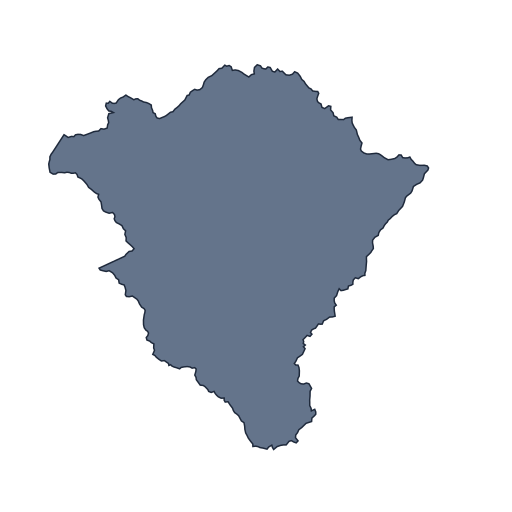 outline of Piranhas, Goiás, Brazil, rotated 169°
{"feature_id": "56859067B20057747391561", "entity_name": "Piranhas", "entity_type": "district", "adm_level": 2, "iso_a3": "BRA", "parent_name": "Brazil", "parent_adm1": "Goiás", "projection": "orthographic", "projection_center": [-51.838, -16.371], "detail": "fine", "context": "isolated", "style": "filled", "palette": "slate", "viewbox_px": 512, "rotation_deg": 169, "n_neighbors": 0, "source": "geoboundaries", "source_scale": "gbopen_adm2", "svg_char_len": 6096}
<svg xmlns="http://www.w3.org/2000/svg" viewBox="0 0 512 512"><g transform="rotate(169 256 256)"><path d="M275.6,62.7L271.6,64.9L267.9,65.4L264.9,65.3L262.4,64.8L258.9,67.8L256.5,68.0L254.4,66.2L252.2,64.9L250.0,66.5L251.9,70.1L251.1,72.8L249.0,74.6L247.1,77.3L243.8,78.9L241.4,80.5L238.8,82.2L233.0,82.9L232.1,86.2L229.0,88.1L227.5,89.3L227.1,91.5L227.6,94.3L231.2,93.4L231.0,96.0L231.8,98.9L231.2,101.9L230.8,104.4L229.7,108.2L228.7,112.9L226.7,115.4L227.4,117.5L228.4,120.5L230.8,121.7L233.7,121.2L236.2,122.0L237.7,123.3L239.1,125.3L238.2,127.8L236.5,129.9L236.0,132.0L235.3,135.1L235.1,138.3L235.6,140.9L237.8,141.4L238.9,143.2L237.0,145.0L234.7,148.2L232.2,149.2L229.2,150.6L227.3,153.2L225.5,155.7L226.8,157.9L224.6,159.2L226.3,161.1L225.5,163.0L225.8,164.9L222.9,166.9L221.0,168.3L218.3,166.8L216.0,168.6L217.1,170.5L215.5,172.7L213.3,173.5L211.4,173.8L209.5,175.6L207.7,177.4L205.9,176.8L204.0,176.5L202.0,179.5L198.7,180.4L195.5,182.0L192.7,181.6L189.8,181.8L189.7,183.9L189.6,186.9L189.3,189.4L188.9,191.2L186.6,192.4L187.7,194.9L187.8,197.2L187.2,199.8L184.5,201.7L182.5,205.4L180.6,208.0L179.2,205.8L176.8,205.7L174.3,206.0L172.1,206.2L171.0,208.9L168.4,209.1L166.3,209.8L165.9,211.9L165.0,214.0L162.6,215.7L159.9,214.2L157.2,215.6L154.7,216.3L152.8,216.2L152.4,218.4L151.0,220.7L149.8,225.1L149.2,227.2L148.5,229.6L148.2,231.8L147.7,234.3L145.1,235.9L142.6,237.6L141.4,239.0L139.4,240.9L139.1,243.2L139.1,246.7L138.5,249.3L135.8,251.7L132.1,252.9L131.0,255.5L128.8,257.9L126.0,259.2L124.2,261.5L122.8,262.8L120.6,264.3L119.3,266.0L117.3,267.0L114.8,268.8L112.1,270.2L109.8,270.7L107.2,273.5L104.5,275.4L102.7,276.7L100.1,280.8L98.2,284.7L96.5,286.1L92.2,288.2L90.5,290.0L89.5,291.8L88.2,294.2L84.6,295.7L81.0,296.5L78.0,298.7L76.8,300.8L75.0,304.6L70.9,307.5L69.8,309.5L70.7,311.7L73.3,312.9L77.9,313.7L81.4,315.1L82.7,316.8L83.9,319.2L85.3,321.3L86.1,323.8L88.3,323.4L91.1,323.8L93.3,324.6L94.2,327.4L96.4,328.0L98.6,326.3L101.1,325.2L105.0,325.1L108.0,325.3L111.5,328.2L113.0,330.0L114.5,331.6L116.1,333.0L118.4,333.9L125.5,334.5L127.8,335.0L130.5,336.6L132.6,339.0L133.0,341.0L131.9,343.7L130.4,346.7L132.0,349.8L132.6,353.2L133.3,355.9L133.4,358.6L133.5,360.6L134.9,363.4L135.6,365.8L136.2,368.2L136.0,370.8L135.2,373.9L139.3,374.2L142.0,374.2L143.9,373.2L146.7,373.8L149.2,374.3L150.3,376.9L152.9,378.8L153.0,381.9L154.9,385.2L154.0,388.6L156.1,389.6L160.4,387.6L162.9,389.3L163.2,392.9L164.8,394.1L166.1,395.8L166.3,398.6L165.1,400.9L163.4,403.7L164.0,405.7L166.1,406.2L168.9,407.2L170.1,409.5L172.0,410.9L173.5,413.6L174.6,415.6L175.5,418.2L177.4,420.6L178.3,423.9L180.2,427.6L182.9,429.5L185.5,427.5L188.8,427.1L192.0,428.1L193.4,430.1L194.9,432.4L197.3,432.5L199.1,435.4L202.4,433.0L204.7,434.2L206.1,438.3L208.3,439.3L210.7,437.7L212.7,438.4L214.3,439.3L215.3,441.8L218.3,443.5L221.5,441.4L222.8,437.9L222.9,435.1L225.9,434.9L228.9,433.1L230.7,434.7L233.1,436.9L234.8,438.9L237.9,441.4L240.9,442.6L243.8,442.7L244.3,446.5L246.0,448.1L248.6,447.9L250.2,449.3L253.7,446.8L256.5,447.0L258.6,445.4L261.0,443.9L264.9,441.5L268.8,440.5L271.7,438.6L273.7,436.6L274.9,434.2L276.5,431.6L279.4,430.0L282.2,430.1L284.4,431.3L287.0,430.3L289.2,429.3L290.9,426.8L293.0,426.7L294.3,425.0L296.1,422.7L298.6,421.2L300.9,419.8L302.7,418.3L305.2,416.8L307.5,415.7L310.0,413.5L312.6,413.4L315.1,412.1L317.5,410.9L319.4,410.3L321.6,409.9L324.4,409.3L326.7,410.3L327.6,412.1L327.8,414.9L329.7,416.4L329.7,418.5L330.3,421.6L330.0,424.2L332.1,426.1L334.2,427.5L337.1,428.7L338.5,429.9L340.5,431.1L342.0,432.9L344.1,433.2L346.1,432.7L348.9,435.2L351.4,437.1L353.0,438.8L356.1,437.4L358.8,436.9L361.2,435.7L364.1,432.8L366.1,432.8L367.9,433.4L370.0,435.7L371.9,434.1L373.8,434.6L375.0,432.0L374.1,428.9L372.8,426.4L370.4,425.6L368.6,424.0L373.3,423.8L375.3,420.0L375.1,417.3L375.2,414.9L376.5,413.3L377.7,410.0L381.0,409.5L383.9,410.6L386.6,408.7L389.7,409.0L391.6,409.0L395.0,408.3L398.0,407.8L402.2,407.1L405.0,408.8L407.7,409.4L410.1,409.4L412.0,407.9L414.3,408.6L417.8,408.2L419.6,410.1L421.3,411.7L435.9,396.6L437.6,395.1L439.4,392.7L439.9,390.0L441.0,387.9L441.9,385.8L442.2,382.1L442.2,379.7L442.2,377.5L439.5,375.1L436.9,374.7L434.7,375.8L430.8,375.1L428.0,374.2L425.6,374.3L423.3,373.6L421.6,372.5L419.6,372.1L417.4,372.1L416.1,370.2L415.8,367.5L413.9,366.2L412.3,364.9L410.8,362.8L409.5,360.6L408.2,358.3L407.2,355.3L405.0,352.9L402.4,349.5L400.6,347.7L398.7,346.6L399.9,344.0L399.4,341.8L397.8,338.6L397.9,335.2L398.1,332.0L397.1,329.4L395.3,327.9L392.0,326.0L388.5,326.1L387.0,323.7L387.0,321.4L388.1,319.6L387.7,317.5L386.7,315.5L384.2,313.6L381.8,311.4L381.0,308.1L379.2,305.6L380.6,302.2L379.9,298.8L380.7,295.6L379.4,293.7L377.2,290.9L375.6,288.7L374.3,286.4L376.8,284.5L379.7,284.7L383.3,282.4L384.9,280.8L412.4,274.0L411.6,272.0L409.4,270.9L406.0,269.4L403.0,269.6L400.0,266.9L398.4,264.0L397.6,261.1L395.4,258.9L395.5,255.5L393.1,253.8L391.0,252.8L390.5,250.3L390.3,246.9L391.7,242.9L390.9,241.0L388.2,240.2L385.0,240.3L381.2,236.4L380.2,234.5L379.5,231.2L378.0,227.6L375.9,225.7L375.2,223.8L375.9,221.7L376.9,219.7L378.7,214.6L379.5,210.1L379.4,206.9L378.2,204.2L376.8,202.8L376.2,200.9L377.4,198.5L379.3,196.9L379.1,194.3L376.5,192.7L375.3,191.0L373.0,189.2L373.5,187.3L374.0,185.2L373.6,182.9L374.6,181.3L376.1,179.1L374.2,177.6L373.2,175.7L371.1,173.2L368.9,171.0L365.9,170.8L364.1,168.9L362.4,167.2L362.4,165.2L360.6,165.6L359.5,164.0L357.7,162.7L355.5,161.6L352.5,159.8L350.7,160.9L347.7,160.9L344.6,160.6L342.0,159.7L340.1,158.1L337.5,158.1L336.3,156.4L337.2,153.9L338.8,150.8L338.0,148.2L338.2,146.0L337.0,143.4L335.4,139.9L332.5,139.0L330.9,137.4L328.8,134.1L328.3,132.1L326.0,130.6L323.0,131.1L322.3,128.8L321.2,126.8L319.9,125.0L317.4,123.1L314.3,122.6L314.8,120.6L314.1,118.5L311.3,118.3L309.7,114.4L308.1,111.2L307.7,108.6L306.8,106.3L305.2,104.7L303.5,102.5L302.7,99.8L301.8,96.9L299.6,94.7L299.6,91.1L300.0,87.9L299.9,84.3L299.0,81.5L298.3,78.7L297.1,76.1L296.1,74.1L295.0,72.1L295.4,69.6L292.6,69.4L290.2,68.4L288.7,67.2L285.7,66.1L283.9,65.2L282.0,64.3L280.0,66.1L276.6,67.3L276.4,65.1L275.6,62.7Z" fill="#64748b" stroke="#1e293b" stroke-width="1.5"/></g></svg>